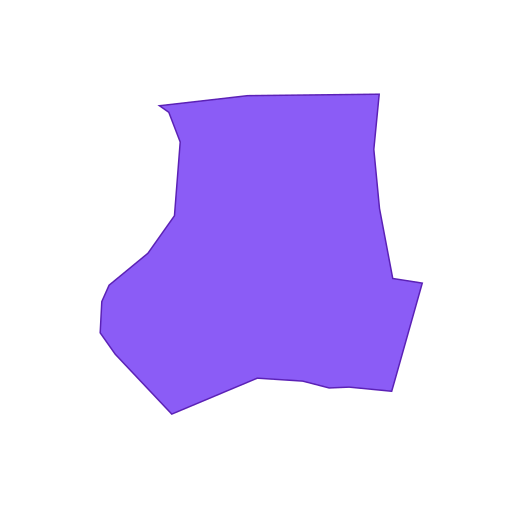 Seongdong-gu, Seoul, South Korea, rotated 249°
{"feature_id": "91817680B63185877293812", "entity_name": "Seongdong-gu", "entity_type": "district", "adm_level": 2, "iso_a3": "KOR", "parent_name": "South Korea", "parent_adm1": "Seoul", "projection": "orthographic", "projection_center": [127.043, 37.542], "detail": "fine", "context": "isolated", "style": "filled", "palette": "violet", "viewbox_px": 512, "rotation_deg": 249, "n_neighbors": 0, "source": "geoboundaries", "source_scale": "gbopen_adm2", "svg_char_len": 442}
<svg xmlns="http://www.w3.org/2000/svg" viewBox="0 0 512 512"><g transform="rotate(249 256 256)"><path d="M362.9,429.0L408.7,305.6L430.9,219.7L421.4,226.1L389.6,226.1L322.8,194.3L297.3,156.1L281.4,108.4L268.7,95.7L240.1,83.0L214.7,89.4L138.6,120.7L141.5,213.4L122.5,254.7L106.6,277.0L100.2,296.0L81.1,334.2L89.2,340.3L171.1,401.5L186.0,375.6L256.0,388.3L313.3,404.2L362.9,429.0Z" fill="#8b5cf6" stroke="#5b21b6" stroke-width="1.5"/></g></svg>